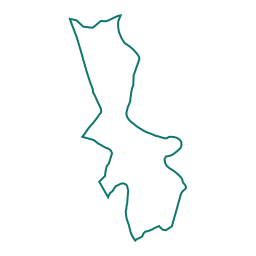 Sharas, Hajjah, Yemen (Equal Earth projection)
{"feature_id": "15242507B8279696782405", "entity_name": "Sharas", "entity_type": "district", "adm_level": 2, "iso_a3": "YEM", "parent_name": "Yemen", "parent_adm1": "Hajjah", "projection": "equal_earth", "projection_center": [43.654, 15.731], "detail": "fine", "context": "isolated", "style": "outline", "palette": "teal", "viewbox_px": 256, "rotation_deg": 0, "n_neighbors": 0, "source": "geoboundaries", "source_scale": "gbopen_adm2", "svg_char_len": 2404}
<svg xmlns="http://www.w3.org/2000/svg" viewBox="0 0 256 256"><path d="M69.9,18.9L71.4,23.2L76.8,37.5L79.0,44.8L81.4,53.0L81.9,54.7L83.2,59.6L83.8,61.6L86.5,70.9L89.7,80.9L92.8,89.4L92.9,90.5L93.0,92.5L93.3,92.8L95.1,96.1L98.4,103.5L100.6,107.8L101.2,110.3L101.2,111.4L101.1,111.6L100.9,112.7L99.4,114.4L96.8,118.2L93.1,123.0L90.5,125.9L88.6,128.1L84.8,133.6L82.3,136.8L93.7,140.0L96.0,141.8L98.4,143.7L100.8,144.9L101.1,145.1L103.5,146.5L106.1,147.9L108.5,148.7L110.7,150.4L112.1,153.3L111.3,155.6L108.9,163.4L108.6,163.8L106.6,166.4L105.4,172.3L105.0,176.0L99.2,181.7L108.0,197.1L108.2,196.4L110.1,193.0L112.4,191.3L114.0,188.6L115.8,186.2L118.2,185.1L120.6,183.8L123.1,183.3L125.8,184.4L126.7,185.3L127.3,186.8L128.2,190.7L127.9,194.2L127.5,198.2L127.2,203.5L126.6,205.3L126.4,208.3L125.7,211.7L126.1,214.8L126.1,215.6L126.8,219.2L127.0,219.8L127.7,221.7L127.9,222.2L129.0,225.5L129.8,228.9L130.6,232.2L131.8,235.2L133.3,237.8L134.8,240.0L135.2,240.6L135.5,240.3L135.7,239.9L137.7,238.7L139.8,237.8L142.3,236.4L143.3,233.7L145.1,231.8L145.6,231.5L147.6,231.3L152.7,229.2L152.8,229.1L154.8,227.9L157.1,226.9L159.1,226.1L159.2,226.3L160.9,228.0L162.8,229.7L165.2,230.1L165.9,230.2L166.7,229.7L171.9,226.3L180.5,195.6L180.6,194.8L181.4,193.2L182.0,192.1L185.7,188.4L186.1,187.0L185.0,184.9L182.9,182.4L182.2,179.2L180.5,176.9L178.3,174.6L176.0,172.7L174.1,171.2L173.5,170.7L171.0,169.2L168.8,167.7L166.6,165.7L165.2,163.0L164.5,159.3L164.6,159.1L166.0,156.5L168.6,156.1L171.2,155.3L173.7,153.9L176.0,152.1L178.6,149.9L180.6,147.9L181.6,144.9L181.4,143.6L181.2,141.7L179.3,139.4L176.9,137.9L174.3,137.1L171.7,136.8L169.0,136.9L166.7,138.3L164.1,138.2L156.3,135.8L155.8,135.9L153.3,134.8L150.8,133.7L148.0,132.7L145.5,131.7L143.1,130.4L142.9,130.3L140.9,129.0L140.4,128.7L137.8,127.1L135.6,125.5L133.5,123.7L131.2,122.0L129.1,119.9L127.2,117.1L126.3,113.8L126.7,111.8L126.9,110.7L127.8,107.2L129.1,104.2L130.2,101.2L130.5,97.7L131.0,94.4L131.4,91.2L131.6,90.5L132.2,87.9L132.6,87.0L133.3,84.9L133.6,75.6L138.8,60.7L139.4,58.6L139.3,57.8L138.0,55.0L136.1,52.7L134.7,51.2L134.1,50.5L131.9,48.3L129.4,46.3L127.0,44.6L125.2,43.5L124.7,43.2L121.8,38.7L118.9,32.0L118.1,26.4L118.2,21.4L119.5,18.1L120.6,15.4L118.8,15.7L116.4,16.6L113.9,17.7L111.5,18.9L109.0,20.2L106.4,21.2L105.6,21.2L103.8,21.2L100.8,21.0L93.1,27.5L91.6,27.7L83.3,26.7L76.3,20.2L69.9,18.9Z" fill="none" stroke="#0f766e" stroke-width="2"/></svg>